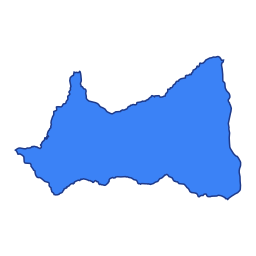 Caramanta, Antioquia, Colombia (Albers equal-area conic projection)
{"feature_id": "7082276B65135534410958", "entity_name": "Caramanta", "entity_type": "district", "adm_level": 2, "iso_a3": "COL", "parent_name": "Colombia", "parent_adm1": "Antioquia", "projection": "albers", "projection_center": [-75.642, 5.562], "detail": "fine", "context": "isolated", "style": "filled", "palette": "blue", "viewbox_px": 256, "rotation_deg": 0, "n_neighbors": 0, "source": "geoboundaries", "source_scale": "gbopen_adm2", "svg_char_len": 5767}
<svg xmlns="http://www.w3.org/2000/svg" viewBox="0 0 256 256"><path d="M15.4,150.1L16.1,150.6L16.8,151.5L18.0,154.2L20.1,154.0L21.6,154.8L23.6,156.4L23.9,157.2L24.2,161.7L24.5,162.4L24.9,162.9L25.6,163.1L29.7,163.4L30.2,163.5L30.6,163.9L31.1,164.9L31.0,166.2L32.8,168.6L33.6,170.1L34.9,170.9L35.1,171.2L35.0,172.3L35.6,174.8L36.7,176.8L38.1,177.6L39.8,177.6L40.4,177.8L41.9,178.9L44.8,181.4L48.2,182.4L48.8,182.8L49.2,183.5L49.1,185.5L49.5,186.4L51.1,188.0L51.1,189.3L51.4,189.8L51.7,191.3L52.0,191.9L53.4,193.0L53.9,193.7L54.0,194.5L55.7,194.9L57.9,194.7L58.7,194.3L59.0,194.3L59.7,193.5L61.7,192.7L62.4,192.1L63.0,190.9L63.6,190.3L64.0,189.0L64.6,188.9L65.1,188.3L66.5,188.0L66.7,187.8L66.7,187.0L67.3,187.0L68.0,186.3L69.1,185.9L69.5,185.2L71.3,183.7L72.3,183.6L73.2,183.9L73.3,183.8L73.3,183.2L74.2,183.1L74.5,182.0L75.8,181.3L77.7,180.4L78.5,180.2L79.3,180.5L79.8,180.5L80.7,179.3L81.5,179.5L81.7,179.2L82.7,179.2L83.4,178.8L86.4,179.5L88.2,180.2L88.8,180.6L90.4,180.6L91.2,181.3L92.2,181.5L92.7,182.3L93.5,182.3L93.7,182.1L94.7,181.0L95.4,180.6L96.1,180.9L96.5,181.5L97.9,181.7L99.2,184.3L99.6,184.5L100.5,184.2L101.2,184.7L102.1,184.7L104.5,185.3L105.3,185.2L106.1,184.7L108.1,182.9L108.3,182.1L109.0,181.7L109.2,179.5L110.0,178.6L111.7,177.8L112.7,177.5L113.5,178.0L115.1,177.8L115.6,177.1L117.4,176.7L120.8,176.9L125.6,176.6L126.2,177.0L126.8,176.8L127.4,176.8L128.6,177.4L131.3,177.9L132.7,178.8L133.7,179.6L136.0,180.1L136.9,180.9L137.3,181.6L137.9,183.2L138.5,183.7L139.9,183.7L140.6,184.2L141.5,183.6L142.5,183.6L145.5,183.8L147.1,183.8L147.6,184.0L148.4,183.8L149.0,184.1L150.0,184.1L150.4,184.4L153.4,183.5L155.3,182.2L157.8,181.4L159.6,178.8L159.8,178.6L160.6,178.5L162.3,177.6L164.4,175.6L164.7,175.1L165.2,175.1L166.7,174.4L167.1,174.5L167.9,175.1L169.1,176.7L170.1,176.9L170.8,177.2L171.3,177.6L171.8,177.6L172.1,177.9L172.7,178.7L173.1,179.8L174.3,181.2L175.4,181.3L176.1,181.8L177.4,181.8L177.8,182.1L177.9,182.4L179.0,183.6L183.6,184.1L184.4,184.4L186.4,186.7L186.8,187.4L187.9,188.2L188.8,189.2L190.0,191.6L191.5,192.5L194.6,192.9L196.6,193.5L197.6,194.8L198.2,196.5L199.0,196.8L199.4,196.7L200.5,195.7L202.0,195.4L203.0,195.5L204.1,194.2L205.4,194.0L206.4,194.3L206.8,195.7L207.9,196.6L210.1,196.7L211.7,196.2L216.8,196.0L218.2,195.3L219.5,195.4L221.0,195.7L222.5,196.3L225.1,197.7L225.5,198.6L227.1,198.7L227.4,199.3L227.7,199.5L229.0,198.0L231.8,196.0L235.5,193.7L237.6,192.7L239.9,190.4L240.3,189.2L240.5,185.3L240.1,181.2L240.0,176.7L239.2,172.5L239.2,170.5L239.6,168.4L240.5,165.9L240.6,164.7L240.6,162.5L240.3,161.5L238.3,157.9L237.2,156.4L236.3,156.2L235.3,155.5L233.5,153.6L230.5,148.8L229.8,147.2L229.5,143.5L229.2,137.8L229.6,133.0L228.8,128.9L229.0,127.6L228.3,123.5L230.4,113.4L230.9,111.5L231.3,108.3L230.3,105.0L229.7,104.1L229.5,103.0L228.5,101.6L228.2,100.0L229.3,98.4L229.9,97.1L229.8,95.7L229.5,94.5L229.0,93.4L226.6,90.8L225.5,88.6L225.2,87.8L224.8,83.2L224.3,82.4L223.1,81.4L222.8,80.4L222.7,74.4L222.2,69.1L221.5,65.2L221.8,63.1L222.8,62.4L223.2,61.7L223.5,60.1L221.5,60.3L220.5,58.3L220.1,58.0L219.8,57.4L219.0,56.9L218.0,56.5L217.4,56.6L215.3,57.2L213.4,57.0L211.5,57.8L209.8,58.0L205.7,60.1L204.8,61.5L203.4,62.9L201.9,63.4L201.0,63.4L200.2,63.1L199.8,63.3L199.3,65.7L198.8,66.6L198.3,66.8L197.5,66.1L197.1,66.2L196.8,66.6L196.7,67.6L196.2,68.3L194.9,69.4L193.2,70.1L192.7,72.1L191.7,73.0L191.3,74.5L190.7,74.7L190.1,74.2L189.9,74.2L189.5,74.7L187.9,75.4L186.6,75.3L185.9,75.6L185.5,76.0L185.4,77.9L181.1,78.7L179.1,79.8L178.5,81.1L177.4,81.2L176.4,81.5L175.1,83.8L173.3,85.1L172.6,86.7L171.9,87.5L171.7,87.7L170.4,87.8L170.2,88.0L170.1,88.7L169.6,89.2L167.8,89.3L167.7,89.6L167.8,90.5L167.6,91.6L166.8,92.9L166.2,93.2L165.5,94.3L165.2,96.0L163.9,96.2L162.8,96.8L160.8,97.2L159.9,96.9L159.3,95.9L158.8,95.7L155.0,95.9L154.6,96.1L154.5,96.7L153.9,96.3L152.4,95.7L151.8,95.7L151.5,96.0L151.3,96.8L150.6,97.1L148.9,98.5L148.5,99.4L147.6,99.5L147.4,99.8L146.7,100.0L146.0,100.4L145.6,101.1L144.1,101.1L143.0,101.4L142.6,101.1L140.6,102.0L137.1,102.5L136.9,102.7L136.5,104.2L135.8,104.8L135.1,104.8L133.1,104.5L131.4,105.2L130.5,105.3L130.3,105.5L130.2,105.9L129.7,106.3L128.9,106.4L127.9,107.1L127.6,107.9L126.7,109.1L125.9,109.2L124.6,109.9L123.5,110.1L122.7,109.9L122.1,110.0L121.6,110.5L120.9,110.7L120.5,111.4L120.3,111.5L115.8,111.8L112.6,113.7L111.9,113.8L110.6,113.5L107.4,111.9L106.8,111.5L104.9,109.0L102.8,107.8L100.6,106.9L99.9,106.3L98.6,104.5L97.6,103.6L95.6,102.7L89.1,101.1L87.7,100.1L87.1,99.5L86.4,98.5L86.3,98.1L86.3,96.4L85.7,93.4L86.1,91.1L85.8,89.9L85.3,89.2L83.6,88.7L82.5,86.9L82.0,86.6L81.2,86.5L81.0,85.2L80.5,84.3L80.5,83.1L81.2,81.2L81.3,80.2L80.9,75.6L80.5,73.1L80.1,71.8L79.9,71.5L79.6,71.4L78.9,72.5L77.6,72.6L76.6,72.3L75.3,72.6L74.1,72.1L73.4,75.4L72.3,75.8L70.7,77.2L70.3,77.7L70.1,78.6L69.8,80.7L70.9,86.4L70.3,88.1L70.5,89.3L70.4,89.9L69.0,91.8L69.0,92.4L69.6,93.3L69.8,93.9L69.7,94.5L67.9,96.1L67.7,96.5L67.9,99.0L67.7,99.5L66.3,101.3L65.8,103.1L64.9,103.7L63.5,103.9L63.1,104.3L62.3,105.9L61.7,106.6L60.9,106.9L58.1,106.7L56.5,106.9L56.4,107.2L56.7,109.2L56.6,110.1L56.2,110.5L53.8,111.5L53.8,113.9L53.6,115.1L52.7,116.5L51.3,120.6L51.0,122.7L51.1,123.5L51.4,124.3L50.8,126.3L50.8,127.7L49.6,129.0L49.3,130.0L48.6,130.6L47.9,132.0L47.2,134.6L47.2,135.0L48.3,136.0L48.5,136.6L47.9,136.9L46.8,136.6L46.7,136.9L47.1,138.6L46.6,139.0L46.2,138.9L45.4,137.8L44.9,137.8L44.7,138.3L44.7,139.3L44.2,140.1L43.9,140.6L42.7,141.5L41.8,142.8L41.6,143.8L40.6,144.8L40.7,145.4L41.4,146.0L41.3,146.6L41.3,147.3L41.0,147.7L40.0,148.5L37.4,147.4L37.0,146.9L36.0,146.9L34.7,146.4L33.5,146.4L32.9,146.9L32.3,146.5L31.9,146.6L30.9,147.6L30.4,147.8L28.8,148.1L27.5,148.0L26.6,148.3L25.7,148.8L23.9,148.7L19.9,148.0L18.5,148.2L17.3,148.8L15.4,150.1Z" fill="#3b82f6" stroke="#1e3a8a" stroke-width="1.5"/></svg>